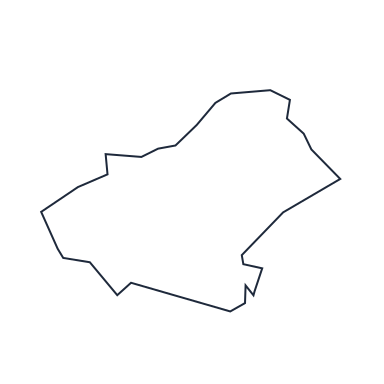 Warren, Virginia, United States of America (Mercator projection), rotated 201°
{"feature_id": "52423323B32478204378840", "entity_name": "Warren", "entity_type": "district", "adm_level": 2, "iso_a3": "USA", "parent_name": "United States of America", "parent_adm1": "Virginia", "projection": "mercator", "projection_center": [-78.212, 38.897], "detail": "fine", "context": "isolated", "style": "outline", "palette": "slate", "viewbox_px": 384, "rotation_deg": 201, "n_neighbors": 0, "source": "geoboundaries", "source_scale": "gbopen_adm2", "svg_char_len": 526}
<svg xmlns="http://www.w3.org/2000/svg" viewBox="0 0 384 384"><g transform="rotate(201 192 192)"><path d="M239.2,220.3L251.8,206.6L286.2,196.4L277.2,178.2L300.2,155.8L325.7,119.4L297.1,90.9L288.6,84.3L262.2,89.8L224.8,68.9L216.4,85.4L113.5,94.2L102.7,107.3L108.5,124.0L97.6,117.6L98.0,121.6L99.1,145.9L118.2,143.0L122.9,150.9L99.6,205.7L58.3,257.3L95.8,274.5L108.6,286.5L129.7,294.6L133.6,313.1L155.4,315.1L191.0,297.9L202.1,283.6L211.6,256.3L224.1,229.5L239.2,220.3Z" fill="none" stroke="#1e293b" stroke-width="2"/></g></svg>